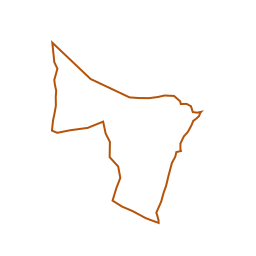 outline of Tserkezoi, Cyprus, rotated 168°
{"feature_id": "46923920B77369159713494", "entity_name": "Tserkezoi", "entity_type": "district", "adm_level": 2, "iso_a3": "CYP", "parent_name": "Cyprus", "parent_adm1": "", "projection": "mercator", "projection_center": [32.988, 34.647], "detail": "fine", "context": "isolated", "style": "outline", "palette": "amber", "viewbox_px": 256, "rotation_deg": 168, "n_neighbors": 0, "source": "geoboundaries", "source_scale": "gbopen_adm2", "svg_char_len": 888}
<svg xmlns="http://www.w3.org/2000/svg" viewBox="0 0 256 256"><g transform="rotate(168 128 128)"><path d="M184.3,227.2L186.4,207.7L184.7,200.7L190.1,190.4L190.5,185.7L190.5,179.2L192.2,173.5L193.9,164.8L197.6,155.7L199.7,151.2L202.9,141.3L202.1,140.7L198.2,138.0L184.8,137.8L167.4,136.5L151.0,139.4L151.0,127.2L148.6,118.1L152.0,103.3L145.6,92.3L145.9,80.8L152.0,71.4L158.2,60.2L150.2,52.4L140.3,45.4L129.6,36.3L125.0,33.3L117.8,28.8L117.3,31.5L117.7,37.8L117.9,39.3L111.4,48.3L110.9,49.0L106.6,57.3L102.7,63.6L98.5,72.5L92.3,84.7L87.8,90.0L85.7,94.4L81.0,94.5L81.1,96.6L79.9,102.0L75.1,108.2L70.2,111.8L65.4,117.4L62.7,121.4L60.2,122.5L56.1,124.8L54.2,127.8L53.1,128.6L57.1,128.6L61.3,130.1L61.9,136.2L65.7,139.4L71.4,140.5L71.4,143.2L76.3,149.8L85.6,152.2L92.2,152.1L101.0,152.8L110.6,154.9L120.1,157.6L154.4,183.7L184.3,227.2Z" fill="none" stroke="#b45309" stroke-width="2"/></g></svg>